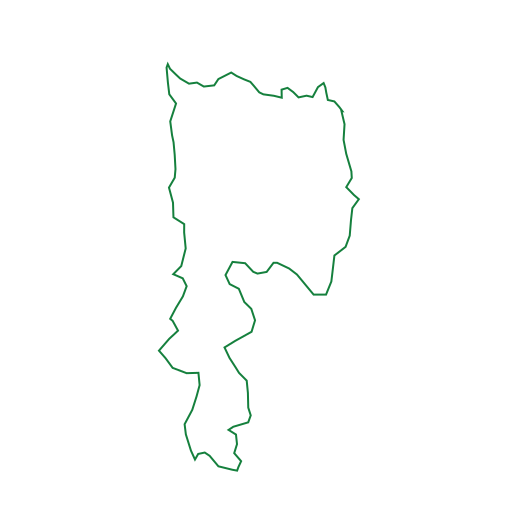 Kantou, Limassol, Cyprus (Natural Earth projection), rotated 168°
{"feature_id": "46923920B71694911523843", "entity_name": "Kantou", "entity_type": "district", "adm_level": 2, "iso_a3": "CYP", "parent_name": "Cyprus", "parent_adm1": "Limassol", "projection": "natural_earth1", "projection_center": [32.905, 34.711], "detail": "fine", "context": "isolated", "style": "outline", "palette": "green", "viewbox_px": 512, "rotation_deg": 168, "n_neighbors": 0, "source": "geoboundaries", "source_scale": "gbopen_adm2", "svg_char_len": 1709}
<svg xmlns="http://www.w3.org/2000/svg" viewBox="0 0 512 512"><g transform="rotate(168 256 256)"><path d="M141.4,379.7L143.5,384.3L147.2,390.9L153.3,393.7L153.3,401.1L153.1,406.5L153.9,411.1L160.3,408.3L165.8,401.8L167.6,399.7L173.2,402.3L181.4,402.3L185.5,408.6L190.2,413.9L196.4,413.4L197.9,405.5L205.2,409.0L215.2,412.6L218.8,415.4L222.8,423.0L225.3,427.5L231.0,431.3L237.5,436.1L242.1,440.6L256.0,436.9L261.4,431.6L271.8,432.6L277.7,437.9L285.7,438.5L293.3,445.4L296.5,450.0L301.2,457.0L302.4,462.0L304.3,458.9L306.1,444.1L307.2,432.2L302.5,421.8L311.9,405.5L313.0,391.4L313.0,384.4L314.5,371.8L316.7,357.7L319.2,349.5L326.9,341.0L326.1,325.4L328.7,311.0L319.6,302.1L321.4,293.9L323.2,278.0L331.2,261.7L340.7,255.4L340.4,255.2L332.3,249.4L330.1,240.9L335.9,231.7L345.0,222.0L353.0,212.4L351.0,209.9L347.8,199.2L358.0,193.1L370.6,183.6L365.7,174.8L360.8,163.9L348.2,155.8L336.6,153.7L338.0,141.4L343.4,130.9L350.3,118.8L360.8,106.3L361.7,96.1L360.1,79.2L358.0,69.6L353.7,74.4L347.0,74.4L342.9,70.2L336.5,58.1L323.7,51.9L319.1,50.0L317.1,53.2L313.2,58.4L318.3,67.7L313.7,75.9L312.7,85.5L319.0,91.6L313.7,93.7L298.2,94.9L294.3,101.2L295.1,109.3L292.4,123.7L291.0,136.0L296.9,145.2L299.0,151.0L303.1,161.8L305.8,173.1L294.0,177.3L276.1,182.8L270.3,193.3L271.6,205.3L277.0,213.4L279.6,227.5L287.6,234.0L289.8,243.7L280.2,255.1L268.1,251.2L262.0,241.1L258.2,238.5L248.9,238.2L240.3,245.7L236.8,245.0L226.2,236.9L219.8,229.4L207.7,206.3L195.5,203.7L187.6,215.4L184.4,224.8L179.2,240.2L166.5,246.3L160.1,256.4L155.6,271.4L151.8,282.8L143.6,290.2L147.5,295.3L153.4,304.6L146.1,312.4L145.1,318.9L146.5,337.2L146.2,351.4L142.0,366.5L142.3,380.0L141.4,379.7Z" fill="none" stroke="#15803d" stroke-width="2"/></g></svg>